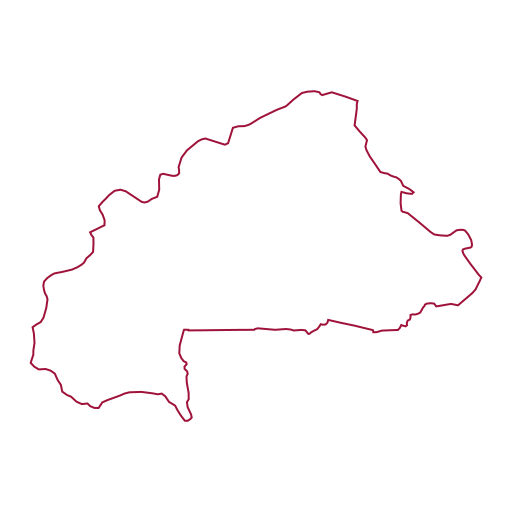 an SVG outline of Burkina Faso
{"feature_id": "BFA", "entity_name": "Burkina Faso", "entity_type": "country or territory", "adm_level": 0, "iso_a3": "BFA", "parent_name": "Africa", "parent_adm1": "", "projection": "mercator", "projection_center": [-1.603, 12.251], "detail": "fine", "context": "isolated", "style": "outline", "palette": "rose", "viewbox_px": 512, "rotation_deg": 0, "n_neighbors": 0, "source": "natural_earth", "source_scale": "50m", "svg_char_len": 3104}
<svg xmlns="http://www.w3.org/2000/svg" viewBox="0 0 512 512"><path d="M396.5,330.0L381.8,330.6L376.5,332.2L373.3,332.2L373.2,330.9L372.8,330.1L354.3,325.6L341.3,322.9L328.2,319.9L327.4,322.7L325.6,324.5L322.7,324.7L320.7,324.2L319.4,326.4L317.2,329.2L314.2,330.6L311.2,332.3L309.5,333.8L308.3,333.9L305.3,330.3L301.3,329.9L293.8,330.5L290.5,329.5L285.9,329.0L275.1,329.8L257.7,328.3L254.9,329.1L254.2,329.8L237.0,329.9L218.1,330.1L202.4,330.3L188.6,330.4L188.5,329.8L184.1,329.7L183.6,330.9L179.7,345.4L179.3,353.3L181.3,358.1L183.7,361.2L186.3,362.5L186.6,364.3L184.5,366.5L184.6,368.9L187.1,371.3L187.7,373.8L186.5,376.4L186.8,382.7L188.6,392.8L188.7,399.3L186.9,402.2L187.7,407.3L191.1,414.5L191.7,417.5L190.5,418.9L187.7,420.8L184.8,420.7L181.5,416.4L180.1,414.4L177.4,410.0L175.1,405.6L172.0,403.7L169.0,401.9L165.3,396.3L161.7,393.6L157.9,394.3L152.4,393.3L141.3,391.9L129.4,392.3L124.4,393.6L119.6,395.7L107.2,400.2L102.3,402.4L98.6,408.0L94.3,407.9L90.1,406.1L87.5,403.5L81.8,404.1L76.4,401.6L71.1,396.7L67.2,395.1L62.2,391.6L60.9,384.9L57.7,380.1L54.8,373.6L50.5,370.6L45.6,369.0L38.8,369.4L34.3,366.7L30.7,362.9L31.7,359.6L33.3,354.8L33.4,350.3L34.5,342.9L33.9,333.6L32.6,327.2L36.4,324.5L40.7,322.1L43.5,317.7L46.3,307.8L47.5,299.3L46.6,296.1L45.1,293.6L44.0,289.9L43.3,285.5L44.1,281.5L47.4,277.9L51.6,274.9L54.5,273.4L62.3,271.9L72.0,269.6L77.7,267.1L81.8,264.5L84.1,262.5L86.4,258.3L90.1,255.1L93.1,251.9L93.5,242.8L93.4,237.6L91.3,234.8L90.1,232.3L104.5,225.2L104.6,220.2L102.6,214.6L99.8,210.1L98.8,206.2L102.7,201.7L106.3,198.2L108.9,195.3L114.6,190.8L120.5,189.7L125.8,191.3L141.6,201.8L144.4,202.5L147.7,201.7L151.8,198.9L157.2,196.8L159.2,189.8L159.0,179.4L160.3,174.7L163.1,173.8L172.2,175.8L174.6,175.9L177.2,175.2L179.1,173.4L179.1,170.1L178.6,167.1L181.6,157.5L187.0,150.3L197.9,141.3L201.4,139.5L205.3,138.5L224.9,144.7L228.1,143.2L232.9,127.8L238.2,126.3L244.6,126.1L248.7,124.8L250.9,123.7L260.2,117.8L276.6,109.9L285.5,106.5L287.2,105.2L293.5,99.5L301.9,93.0L307.3,91.7L314.7,91.2L319.4,92.3L320.6,94.1L322.2,95.1L331.8,92.3L345.7,96.7L357.6,101.0L356.8,103.8L356.8,108.6L355.8,116.3L354.6,125.4L359.5,131.3L365.4,137.7L367.0,140.2L365.4,146.5L366.5,150.2L369.7,156.3L375.0,164.0L380.4,172.0L384.2,173.1L387.8,173.7L390.0,175.2L393.2,176.5L396.4,177.4L399.1,179.2L400.9,180.9L403.2,185.8L409.4,189.1L413.6,192.3L411.9,193.9L406.6,193.3L401.5,191.9L400.9,194.2L400.6,203.2L401.5,210.7L402.6,211.7L407.7,213.1L419.8,222.9L430.7,232.1L434.3,234.5L440.4,235.4L447.2,235.8L450.1,234.9L456.6,230.3L460.1,229.8L463.3,229.9L465.1,230.6L468.2,234.4L471.2,240.1L472.0,244.4L471.7,246.6L470.7,247.5L465.3,248.6L463.0,249.4L462.4,250.7L463.3,253.5L464.3,255.3L470.2,263.6L478.7,274.7L481.3,277.5L479.8,280.8L475.5,289.5L472.3,293.1L458.0,305.3L451.0,303.9L436.3,306.4L434.1,303.6L430.7,303.2L426.5,303.7L424.9,304.7L424.5,305.9L423.0,307.6L420.3,312.5L418.1,313.7L415.5,314.5L412.4,314.4L410.5,315.0L410.5,317.4L409.9,319.5L407.7,320.6L406.8,322.9L407.0,325.2L405.7,326.3L403.0,325.7L401.3,325.0L399.8,328.0L397.9,330.0L396.5,330.0Z" fill="none" stroke="#9f1239" stroke-width="2"/></svg>